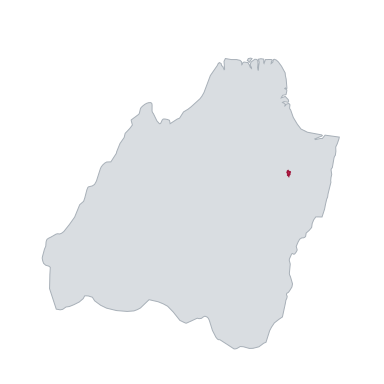 Olorunda, Osun, Nigeria shown in context, rotated 191°
{"feature_id": "59680162B28193395760126", "entity_name": "Olorunda", "entity_type": "district", "adm_level": 2, "iso_a3": "NGA", "parent_name": "Nigeria", "parent_adm1": "Osun", "projection": "equal_earth", "projection_center": [4.578, 7.861], "detail": "fine", "context": "in_parent", "style": "filled", "palette": "rose", "viewbox_px": 384, "rotation_deg": 191, "n_neighbors": 0, "source": "geoboundaries", "source_scale": "gbopen_adm2", "svg_char_len": 4284}
<svg xmlns="http://www.w3.org/2000/svg" viewBox="0 0 384 384"><g transform="rotate(191 192 192)"><path d="M302.9,51.1L313.4,70.0L315.8,84.1L316.7,91.0L318.4,91.9L321.6,92.2L324.0,93.6L325.4,95.9L326.3,98.1L326.5,99.4L325.9,107.8L325.2,110.9L325.7,115.0L325.6,116.8L325.2,118.0L323.8,119.4L321.9,120.8L317.3,124.8L315.9,125.4L314.0,125.5L312.3,126.5L310.3,128.7L306.1,136.8L302.4,145.0L299.8,158.1L296.6,162.2L296.1,165.9L295.6,174.1L295.1,176.6L294.6,177.3L291.1,178.9L289.1,180.8L287.9,184.5L286.4,197.2L285.9,199.3L284.8,201.5L283.0,203.9L281.4,205.2L277.4,206.1L273.6,215.6L273.6,217.3L271.9,226.0L269.0,232.5L268.8,236.8L265.2,242.5L263.3,246.4L265.3,250.5L265.4,251.2L259.1,258.1L258.7,259.2L258.5,264.0L258.0,265.3L256.8,267.0L255.1,269.0L253.3,270.5L251.4,271.5L249.5,271.9L248.4,271.3L247.8,269.9L246.7,264.0L246.1,262.7L244.9,261.6L240.0,255.1L237.0,252.8L236.3,253.0L235.8,253.6L235.0,256.9L234.2,258.1L232.6,258.5L229.9,258.5L227.9,258.1L227.5,257.4L226.5,254.9L220.4,260.8L218.3,262.1L215.6,269.0L211.7,272.5L209.1,275.5L202.0,285.0L200.6,287.8L199.2,292.0L196.2,309.8L191.3,321.0L190.7,323.4L190.4,323.3L189.7,324.3L187.9,323.6L187.0,321.6L185.8,321.2L183.8,318.2L183.4,318.7L185.5,326.4L184.7,329.4L178.7,329.5L173.5,330.5L170.0,330.4L168.2,329.3L167.4,326.4L167.1,326.7L166.9,328.3L165.8,329.5L161.8,329.7L160.0,327.7L158.6,325.5L157.1,324.6L157.3,325.5L159.1,327.6L158.9,330.7L155.7,334.3L153.6,334.5L152.4,333.0L151.7,330.4L151.4,326.7L150.5,324.3L150.1,324.3L150.6,328.3L150.7,332.1L152.2,335.0L149.8,336.0L147.0,336.1L146.7,335.0L146.3,332.5L145.8,331.9L145.2,336.0L139.5,337.2L138.6,337.0L138.5,336.2L138.9,335.1L138.8,333.2L137.5,334.7L137.3,337.5L136.6,338.0L134.4,337.6L132.0,336.1L128.1,332.5L123.3,326.7L122.5,324.0L121.1,320.8L118.6,311.9L119.1,311.5L120.2,312.0L120.7,311.2L118.7,310.6L118.3,309.9L118.2,307.9L118.3,305.5L121.3,304.3L122.0,302.8L122.4,301.4L118.7,303.6L115.2,301.1L114.4,299.6L114.8,298.4L118.9,298.3L120.3,297.2L119.4,296.8L117.9,296.8L117.3,296.1L117.3,294.2L116.8,294.6L116.2,296.3L113.8,297.4L112.5,296.3L112.3,293.6L112.0,292.4L110.9,291.5L106.8,284.5L101.6,278.7L97.0,274.6L90.1,272.7L75.6,272.8L74.8,272.2L75.7,271.3L76.9,270.7L81.6,267.5L80.8,267.0L76.0,269.1L74.3,269.3L72.2,273.2L57.9,274.0L57.9,272.2L58.6,267.1L59.5,263.6L58.5,259.2L58.3,255.4L58.9,254.1L59.1,252.7L58.9,242.7L59.7,241.2L59.7,240.2L58.2,235.9L58.3,232.7L58.0,229.5L57.5,228.1L58.1,215.9L57.9,212.9L58.4,210.8L58.6,205.5L58.6,200.4L59.6,192.3L65.7,191.2L67.2,188.0L68.0,184.0L67.8,180.0L69.7,176.6L72.1,173.5L72.0,170.1L72.7,169.0L73.8,168.3L75.5,167.9L77.3,166.2L78.3,163.2L79.3,158.5L77.7,155.2L77.8,154.5L78.4,152.7L79.3,150.9L80.1,150.3L81.8,150.8L82.4,150.1L83.6,144.9L83.5,143.5L81.8,140.0L80.9,130.6L80.4,129.3L79.2,127.6L75.8,121.0L75.8,117.8L77.3,113.8L78.2,111.9L79.5,110.8L79.8,109.8L79.4,108.7L78.7,107.9L78.6,106.1L79.2,103.5L79.1,100.8L79.4,86.6L82.2,83.8L86.2,79.2L88.2,74.4L89.3,70.7L90.7,58.6L92.8,57.2L96.8,52.8L102.3,50.2L105.8,49.4L112.1,49.9L115.2,49.5L117.9,47.1L119.1,46.4L120.8,46.0L136.4,52.3L137.8,52.1L139.0,52.5L140.9,54.1L145.5,60.0L150.4,69.1L151.8,71.1L153.3,72.1L154.9,72.5L156.0,72.4L157.1,71.5L158.6,69.8L160.9,69.0L162.8,69.1L172.4,62.2L173.4,62.1L179.3,63.6L187.5,70.6L194.1,75.2L198.8,76.7L204.3,77.8L213.6,78.1L220.5,68.3L223.1,66.2L226.3,64.2L232.8,62.4L243.6,61.2L253.8,61.7L260.1,63.4L266.8,66.6L269.7,69.7L274.2,70.2L277.5,69.6L278.5,66.5L281.7,62.5L286.5,58.8L290.5,56.2L293.7,55.1L296.6,52.1L298.9,51.2L302.9,51.1ZM162.2,333.7L160.0,334.6L158.5,334.4L160.5,330.3L161.5,331.2L162.8,331.6L162.2,333.7Z" fill="#d9dde1" stroke="#a8b0b8" stroke-width="1"/><path d="M102.3,229.1L101.9,229.0L101.6,228.5L101.4,228.6L101.2,228.1L100.9,227.7L101.4,227.0L101.4,226.9L101.3,226.7L101.1,226.6L100.8,226.6L100.6,226.5L100.4,226.4L100.1,226.1L100.1,226.3L100.0,226.6L100.1,227.0L99.9,227.0L99.7,227.4L99.6,227.7L99.4,227.8L99.3,228.2L99.3,228.3L99.4,228.5L99.7,229.4L99.7,229.5L99.7,229.8L99.6,230.0L99.4,230.1L99.3,230.3L99.4,230.5L99.5,230.5L99.6,230.4L99.7,230.5L99.8,230.5L99.9,230.4L100.0,230.4L100.2,230.5L100.3,230.5L100.5,230.5L100.8,230.6L101.0,230.8L101.0,230.7L101.7,230.4L101.8,230.6L102.2,230.8L102.2,230.6L102.3,230.3L102.2,229.9L102.4,229.4L102.3,229.1Z" fill="#f43f5e" stroke="#9f1239" stroke-width="1.5"/></g></svg>